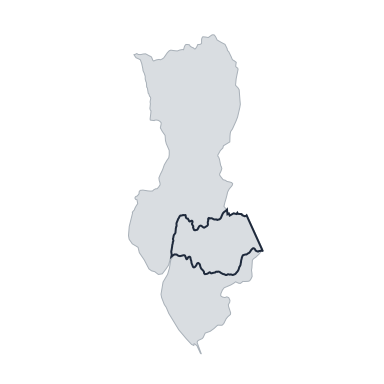 VII-2 Mazaruni/L.B.E.Rive, Cuyuni-Mazaruni, Guyana shown in context, rotated 189°
{"feature_id": "73187651B61605631045653", "entity_name": "VII-2 Mazaruni/L.B.E.Rive", "entity_type": "district", "adm_level": 2, "iso_a3": "GUY", "parent_name": "Guyana", "parent_adm1": "Cuyuni-Mazaruni", "projection": "equal_earth", "projection_center": [-59.626, 5.924], "detail": "fine", "context": "in_parent", "style": "outline", "palette": "slate", "viewbox_px": 384, "rotation_deg": 189, "n_neighbors": 0, "source": "geoboundaries", "source_scale": "gbopen_adm2", "svg_char_len": 9618}
<svg xmlns="http://www.w3.org/2000/svg" viewBox="0 0 384 384"><g transform="rotate(189 192 192)"><path d="M134.1,177.7L127.3,167.5L120.5,157.3L113.8,147.2L113.3,145.9L116.1,141.1L118.7,137.7L120.8,135.7L121.7,134.0L121.0,126.6L121.0,124.0L120.1,121.1L119.4,117.9L120.2,115.2L121.2,113.3L122.5,112.6L125.7,111.9L127.9,111.6L128.6,110.6L129.9,109.3L131.6,109.2L134.9,110.1L136.4,108.5L139.1,106.3L145.2,102.5L146.6,100.0L147.6,96.1L147.5,94.3L146.9,93.6L145.3,93.0L143.0,92.9L141.2,93.9L139.2,93.4L137.6,91.0L137.5,89.1L138.5,86.3L137.9,84.5L134.9,78.6L134.9,77.0L137.1,74.4L138.4,72.2L140.1,66.9L141.5,65.1L145.7,64.5L146.8,63.3L149.0,60.5L152.2,57.3L156.9,54.7L158.2,50.1L159.0,48.8L162.7,46.3L163.4,45.0L163.3,43.9L157.4,33.4L158.5,34.1L163.1,41.0L165.7,42.4L166.2,42.5L166.2,40.7L168.6,41.4L174.6,46.1L183.5,53.8L195.9,68.4L199.4,74.0L201.8,76.6L205.5,83.0L206.6,86.1L206.5,98.5L203.2,106.9L202.4,113.2L202.3,121.6L200.4,126.4L202.9,123.8L203.7,116.2L205.8,111.6L208.6,106.5L212.3,105.3L216.4,107.5L219.6,107.8L222.5,109.3L228.5,117.4L234.5,123.8L236.6,128.9L242.9,131.5L246.7,135.5L247.9,139.0L248.6,148.2L247.4,162.0L247.8,162.7L246.1,165.4L245.8,167.2L244.7,170.2L243.8,171.9L245.1,175.7L246.5,175.9L247.0,176.4L247.4,177.1L247.3,178.0L246.8,178.7L245.4,179.6L244.1,181.8L244.2,184.2L243.4,185.5L240.8,186.2L235.7,186.2L233.2,186.4L231.2,186.8L229.9,188.4L228.3,189.5L227.0,189.7L225.8,191.5L224.6,194.1L225.0,195.9L226.2,198.3L226.9,200.7L226.0,204.6L225.0,207.7L224.4,210.0L223.6,214.5L221.7,219.4L220.3,222.2L220.3,225.2L221.0,229.5L225.0,235.8L226.3,238.8L227.4,243.6L231.0,247.4L233.3,250.4L233.1,254.5L233.4,255.7L234.8,256.8L236.5,257.5L238.4,257.5L240.1,257.1L240.5,256.6L244.4,256.5L244.8,257.5L245.0,263.3L245.2,265.7L246.1,266.6L246.7,268.1L246.7,269.4L246.9,272.7L247.5,274.4L247.4,277.9L247.8,279.1L248.9,280.0L250.2,282.5L250.8,282.8L251.0,283.7L252.2,287.3L252.8,288.3L253.2,288.5L253.4,289.7L254.2,293.0L254.8,293.8L255.9,296.3L256.3,298.9L257.8,301.9L259.3,304.1L259.9,306.2L261.8,311.1L263.7,314.5L266.1,315.3L268.2,315.8L269.5,317.1L270.8,318.5L269.4,319.2L268.2,320.1L266.5,319.4L264.1,319.7L261.7,320.7L259.4,321.2L255.1,319.7L253.8,319.4L253.0,318.8L251.2,315.8L250.3,315.4L248.1,316.8L245.3,317.8L244.0,317.6L242.4,318.6L240.9,320.0L238.1,325.8L236.6,327.9L235.1,328.8L232.0,328.8L228.6,329.0L226.1,330.4L223.8,331.2L222.6,331.2L222.2,334.5L221.7,335.9L221.0,336.8L219.1,337.0L217.5,336.9L216.5,335.6L214.7,334.9L213.0,334.5L212.0,333.7L211.1,333.9L210.4,335.2L209.9,336.4L209.4,338.5L206.9,339.1L205.8,340.3L206.4,344.3L206.2,345.8L205.6,347.0L202.6,347.2L200.1,347.1L198.6,348.6L196.8,350.3L195.7,350.6L194.4,350.5L192.6,348.5L191.0,346.1L186.7,344.4L182.5,343.0L179.8,339.2L179.1,337.3L177.8,336.5L174.6,331.9L172.8,329.0L170.8,328.2L168.6,327.0L168.6,324.9L168.5,322.9L167.5,322.0L166.2,321.5L165.7,320.3L165.8,317.7L166.1,310.8L165.7,304.2L162.7,301.9L161.4,300.3L159.1,290.6L158.0,286.2L158.0,282.9L158.7,273.2L159.6,269.0L161.9,260.6L163.3,257.7L163.4,255.6L163.2,252.8L162.5,247.4L166.5,244.0L168.2,242.6L168.4,240.3L170.5,237.4L171.5,234.6L172.3,232.5L172.0,231.3L171.1,230.6L170.0,228.6L167.8,222.6L166.9,221.4L166.2,219.8L166.6,217.2L167.5,214.3L167.4,213.1L166.0,211.6L163.2,209.0L160.9,208.8L159.1,207.9L156.4,207.8L154.3,207.5L153.1,206.5L153.3,205.0L153.9,203.8L155.7,200.8L156.8,197.6L157.0,194.5L157.4,190.4L157.9,186.8L158.2,182.8L155.4,180.2L154.5,178.0L153.3,176.1L152.0,176.1L150.1,175.3L147.1,177.8L144.8,177.3L143.1,178.3L139.4,178.1L137.0,176.8L134.1,177.7Z" fill="#d9dde1" stroke="#a8b0b8" stroke-width="1"/><path d="M202.3,125.2L202.3,124.9L201.7,125.6L201.4,125.9L201.2,126.2L201.0,126.4L200.1,127.1L199.8,127.4L199.6,127.6L199.3,127.6L198.9,127.6L198.3,127.8L198.0,127.8L197.3,127.8L197.0,127.6L196.4,127.3L195.8,127.0L195.5,126.9L194.8,126.8L194.5,126.8L194.1,126.8L193.7,126.8L193.4,127.0L192.7,127.2L192.4,127.4L191.6,127.7L191.4,127.8L191.1,128.0L190.8,128.1L190.1,128.3L189.5,128.3L189.2,128.2L188.9,128.0L188.7,127.7L188.6,127.4L188.3,127.1L188.2,126.8L188.0,126.5L187.8,126.2L187.3,125.2L187.1,125.0L186.7,124.8L186.2,125.2L185.9,125.9L185.8,126.3L185.5,127.0L185.1,127.3L184.9,127.5L184.6,127.6L184.2,127.7L183.9,127.5L183.6,127.4L183.4,127.1L183.1,126.3L183.0,125.9L182.9,125.6L182.7,125.1L182.4,124.6L182.2,124.2L182.0,123.8L181.8,123.5L181.7,122.7L181.5,122.3L181.2,121.4L181.0,121.1L180.8,120.8L180.4,120.2L179.8,119.0L179.5,118.7L179.3,118.3L179.0,118.0L178.7,117.9L178.4,117.8L178.1,117.9L177.5,118.3L177.3,118.5L176.9,119.2L176.7,119.5L176.5,119.9L176.2,120.6L176.1,121.0L175.9,121.9L175.7,122.2L175.5,122.4L175.3,122.6L175.0,122.8L174.7,122.9L174.4,122.8L174.2,122.5L173.6,122.2L173.3,122.0L173.0,121.8L172.8,121.3L172.6,121.0L172.5,120.5L172.3,120.2L172.2,119.9L172.0,119.4L171.5,118.6L171.3,118.3L171.0,117.9L170.4,117.3L170.1,117.1L169.8,117.0L169.6,116.8L169.0,116.3L168.7,116.1L168.2,115.6L167.9,115.3L167.7,115.0L167.5,114.1L167.4,113.8L167.2,113.5L166.9,113.2L166.6,113.1L166.3,112.9L166.0,113.0L165.7,113.1L165.0,113.3L164.4,113.5L163.3,114.3L163.0,114.5L162.8,114.9L162.5,115.1L162.2,115.3L161.9,115.5L161.6,115.4L161.0,115.0L160.8,114.8L160.5,114.7L160.1,114.7L159.4,115.0L159.1,115.1L158.9,115.3L158.5,115.4L157.8,115.7L157.5,115.8L157.3,115.9L157.0,116.0L156.6,116.1L156.3,116.4L156.1,116.7L155.8,117.0L155.5,117.1L155.1,117.1L154.8,117.2L154.5,117.1L154.2,117.3L153.6,117.5L153.3,117.5L153.0,117.5L152.6,117.4L152.2,117.4L151.9,117.2L151.0,116.7L150.4,116.5L150.1,116.4L149.1,116.0L148.8,115.9L148.5,115.9L148.2,115.8L147.8,115.8L147.5,115.8L147.1,115.8L146.8,115.7L146.4,115.5L145.7,115.3L145.0,115.4L144.7,115.5L144.1,116.1L143.8,116.3L143.4,116.4L142.9,116.4L142.0,116.3L141.7,116.3L141.4,116.4L141.0,116.6L140.8,116.7L139.9,116.6L139.6,116.5L139.2,116.4L138.6,116.5L137.8,116.9L137.4,117.2L137.1,117.3L136.8,117.5L136.5,117.8L136.3,117.9L135.7,118.9L135.5,119.4L135.3,119.7L134.9,120.1L134.8,120.4L134.3,121.3L134.2,121.7L133.9,122.5L133.8,123.0L133.6,124.7L133.5,125.4L133.1,126.1L133.0,126.6L132.8,127.1L132.7,127.6L132.7,128.8L132.7,129.7L132.6,130.6L132.7,131.0L132.7,131.6L132.7,132.1L132.7,132.6L132.6,133.2L132.5,133.8L132.5,134.4L132.5,135.0L132.4,135.4L132.3,135.9L132.2,136.2L132.1,136.6L132.0,137.1L131.9,137.4L131.3,137.8L130.9,138.0L130.6,138.1L129.6,138.6L129.2,138.7L128.8,138.7L128.5,138.8L128.2,139.0L127.4,139.8L127.0,140.2L126.7,140.4L126.4,140.6L126.1,140.8L125.8,141.2L125.5,141.7L125.0,142.7L124.6,143.7L124.0,144.7L123.7,145.0L123.4,145.4L123.2,145.6L123.0,145.9L122.7,146.0L122.4,146.1L122.1,146.1L121.5,145.7L120.9,145.4L120.6,145.0L120.4,144.7L120.2,144.4L120.0,144.1L119.7,144.0L118.8,143.8L118.4,143.6L117.8,143.5L117.4,143.5L117.1,143.7L116.8,144.0L116.5,144.2L116.2,144.3L115.5,144.4L114.6,144.9L113.4,144.9L113.4,145.1L113.2,145.2L134.4,177.4L134.7,176.9L136.1,176.3L138.7,176.9L139.6,177.9L143.4,177.6L144.0,178.5L144.6,177.2L147.6,177.4L151.1,174.6L152.3,176.6L153.5,175.6L154.7,180.1L155.2,179.3L155.7,178.7L155.9,178.4L156.7,177.8L156.9,177.5L157.2,177.2L157.7,176.5L158.1,175.8L158.4,174.9L158.5,174.5L158.6,174.0L158.8,173.7L159.0,172.4L159.2,172.0L159.2,171.6L159.3,171.1L159.6,170.7L159.8,170.2L160.0,169.9L160.3,169.7L160.6,169.3L161.1,169.1L161.5,168.9L161.8,168.8L162.2,168.7L162.5,168.4L162.9,168.4L163.2,168.6L163.6,168.7L163.9,168.7L164.7,168.5L165.1,168.4L165.4,168.4L166.1,168.4L166.5,168.5L166.8,168.6L167.8,169.0L168.3,169.1L168.6,169.1L169.6,168.9L169.9,168.9L170.3,168.6L170.6,168.7L171.0,169.0L171.3,169.0L171.4,168.9L171.7,168.5L171.8,168.2L171.8,167.7L171.7,167.3L171.6,166.9L171.6,166.4L171.5,165.9L171.7,165.1L171.7,164.7L171.6,163.9L171.3,163.1L171.2,162.5L171.2,162.0L171.3,161.7L171.5,161.3L171.7,161.0L172.3,160.4L173.1,159.8L173.6,159.3L173.9,159.1L174.2,158.8L174.5,158.7L174.9,158.7L175.2,158.8L175.6,159.0L176.7,159.6L177.1,159.9L177.7,160.1L178.1,160.1L178.4,160.1L178.7,159.9L179.0,159.7L179.5,159.2L179.7,158.8L179.8,158.5L180.0,157.6L180.3,157.3L180.4,156.9L180.4,156.5L180.8,155.7L181.0,155.5L182.6,154.9L182.9,154.7L183.3,154.7L183.6,154.7L183.9,154.8L184.2,155.0L184.4,155.3L184.5,155.7L184.7,156.0L185.0,156.4L185.2,156.8L185.4,157.1L185.3,157.5L185.4,158.0L185.4,158.4L185.6,158.6L185.9,159.0L186.1,159.2L186.4,159.5L187.0,160.3L187.1,160.6L187.0,161.0L186.9,161.4L186.8,162.0L186.8,162.5L186.9,163.0L187.1,163.3L187.4,163.5L187.7,163.6L188.0,163.5L188.7,163.1L189.0,162.8L189.2,162.7L189.6,162.5L189.9,162.6L190.2,162.8L190.5,163.0L190.9,163.8L191.3,164.2L191.7,164.7L191.9,165.0L192.5,165.0L193.1,165.1L193.4,165.3L193.7,165.5L193.9,165.7L194.1,166.0L194.2,166.4L194.4,167.2L194.6,167.7L194.9,168.2L195.4,168.1L195.7,168.0L196.0,167.9L196.3,167.8L196.6,167.8L196.9,167.9L197.2,167.9L197.5,167.7L197.8,167.5L198.8,167.1L199.0,167.0L199.4,167.0L199.6,167.0L199.9,166.8L200.1,166.5L200.5,165.9L200.8,164.7L201.0,164.2L201.3,163.5L201.5,163.1L201.6,162.6L201.7,162.1L201.7,161.7L201.9,161.2L202.4,159.0L202.4,158.6L202.4,158.2L202.3,157.8L202.1,157.0L202.0,156.5L202.0,155.9L202.0,155.5L202.2,155.2L202.2,154.3L202.3,153.3L202.2,152.8L202.1,150.9L202.1,150.5L202.0,150.0L202.0,149.6L202.0,149.2L202.1,148.7L202.5,147.9L203.1,146.8L203.2,146.4L203.3,145.5L203.3,145.0L203.3,144.1L203.3,143.7L203.4,143.3L203.5,142.9L203.4,142.4L203.2,142.0L203.0,141.6L202.8,141.2L202.8,140.6L202.9,140.0L203.1,139.7L203.1,139.3L203.0,138.9L203.0,138.6L203.0,138.1L203.0,137.7L203.1,137.2L203.2,136.7L203.2,136.3L203.1,135.8L203.1,134.9L203.1,133.7L203.1,133.2L203.1,132.7L203.1,131.7L203.1,131.2L203.2,130.6L203.1,129.5L203.0,129.2L202.8,128.7L202.7,128.4L202.6,127.9L202.4,127.3L202.2,126.8L202.2,126.3L202.3,125.2Z" fill="none" stroke="#1e293b" stroke-width="2"/></g></svg>